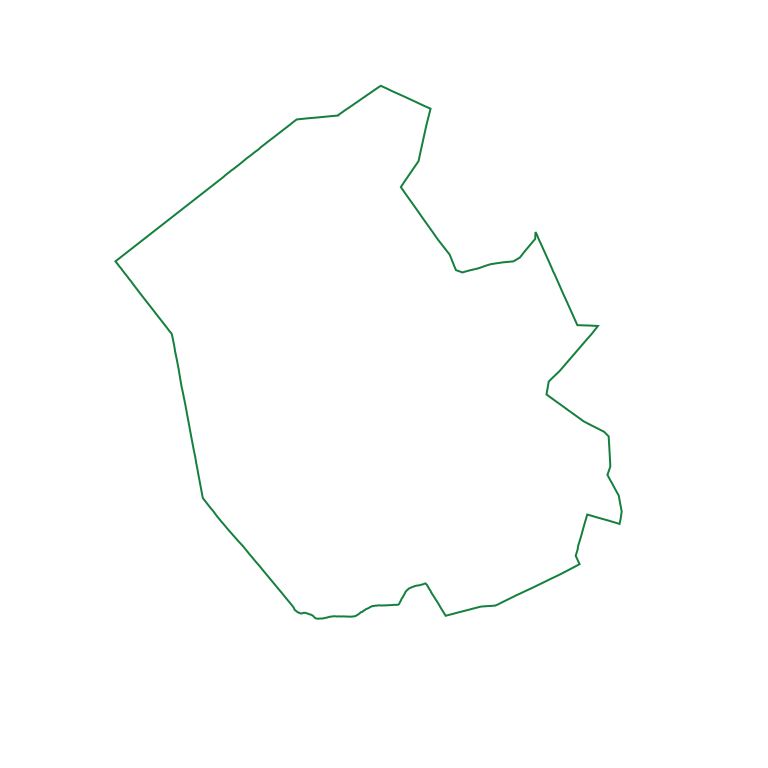 outline of Linguere, Louga, Senegal, rotated 322°
{"feature_id": "50182788B14678638932037", "entity_name": "Linguere", "entity_type": "district", "adm_level": 2, "iso_a3": "SEN", "parent_name": "Senegal", "parent_adm1": "Louga", "projection": "natural_earth1", "projection_center": [-15.296, 15.307], "detail": "fine", "context": "isolated", "style": "outline", "palette": "green", "viewbox_px": 768, "rotation_deg": 322, "n_neighbors": 0, "source": "geoboundaries", "source_scale": "gbopen_adm2", "svg_char_len": 5686}
<svg xmlns="http://www.w3.org/2000/svg" viewBox="0 0 768 768"><g transform="rotate(322 384 384)"><path d="M247.8,149.6L247.7,152.7L247.7,157.5L247.6,162.9L247.6,173.4L247.6,183.6L247.6,193.9L247.6,204.2L247.5,210.8L247.6,212.0L247.7,213.0L247.6,213.3L247.2,214.7L243.9,221.4L242.1,225.0L241.5,225.9L241.1,226.8L239.4,229.8L236.6,235.5L235.2,238.3L231.2,246.1L227.5,252.8L226.4,254.8L225.5,256.6L224.5,258.3L223.0,261.2L220.1,267.2L214.8,277.8L209.3,288.3L204.2,298.2L204.0,298.5L203.8,298.9L198.3,309.5L192.9,320.0L190.1,325.8L189.4,326.9L188.6,328.5L187.4,330.6L187.3,330.8L185.4,334.5L185.3,334.8L181.9,341.2L176.5,351.7L171.0,362.3L171.0,367.0L171.0,371.7L171.0,376.4L171.2,377.3L171.0,384.6L171.0,387.9L171.1,388.9L171.1,391.8L171.2,393.3L171.4,397.5L171.5,401.7L171.8,406.9L171.8,407.2L171.9,407.8L171.9,408.5L172.1,412.3L172.5,418.5L173.0,424.7L173.1,428.1L173.2,434.4L173.2,434.9L173.4,440.0L173.5,444.3L173.9,451.1L173.9,454.8L174.0,457.4L174.2,464.4L174.4,471.4L174.6,478.5L174.8,484.2L174.9,489.7L175.0,493.5L175.1,497.2L175.2,501.0L175.2,504.6L174.6,506.8L175.2,509.6L175.9,511.7L176.5,512.2L177.1,513.6L178.6,514.5L179.6,514.7L180.0,515.1L180.9,515.6L181.4,516.4L182.1,517.2L182.6,518.1L183.1,519.1L183.7,519.8L184.2,520.5L184.7,521.3L185.1,522.3L185.4,523.1L185.4,524.3L185.6,525.4L185.8,526.3L186.3,527.2L187.2,528.0L188.1,528.8L189.4,529.5L190.2,530.3L191.2,530.9L192.3,531.5L193.5,532.0L195.0,532.8L197.6,533.9L199.0,534.6L200.8,535.8L201.9,536.4L203.6,538.1L204.6,538.7L207.2,540.9L208.8,542.0L210.5,543.5L213.0,545.6L214.7,547.0L216.9,548.4L217.6,548.8L217.8,548.9L219.0,549.3L219.6,549.5L220.2,549.5L221.0,549.6L221.5,549.6L222.1,549.7L222.9,549.8L223.5,549.8L224.7,549.6L225.5,549.7L226.3,550.1L227.1,550.1L227.9,550.2L228.9,550.2L229.8,550.3L230.7,550.3L231.2,550.3L232.3,550.7L233.0,550.8L234.0,551.1L235.1,551.2L236.3,551.4L237.2,551.7L237.9,551.7L238.6,552.2L239.0,552.5L240.1,553.1L240.8,553.3L241.4,553.8L242.3,554.5L243.1,554.8L244.0,555.6L245.4,556.7L246.0,557.4L247.0,557.9L248.0,558.7L248.4,559.0L249.6,559.9L250.8,560.7L251.9,561.4L253.0,562.3L254.1,563.0L255.2,563.7L256.5,564.6L257.3,565.3L258.7,566.2L259.4,566.7L260.2,566.7L260.9,566.4L261.6,566.1L262.1,565.8L263.2,565.4L264.4,564.8L265.6,564.1L266.7,563.8L267.7,563.5L268.5,563.1L269.1,562.8L270.0,562.5L270.8,562.1L271.6,561.8L271.8,561.7L272.3,561.4L273.0,561.0L273.6,560.9L274.2,560.8L274.8,560.7L275.8,560.7L276.4,560.6L277.1,560.5L277.7,560.5L278.3,560.7L279.2,560.9L280.2,561.1L281.1,561.4L282.0,561.6L282.6,561.9L283.3,562.1L283.9,562.2L284.7,562.6L285.7,563.0L286.4,563.5L287.2,564.0L288.4,564.6L289.7,565.0L291.1,565.8L291.9,566.0L292.7,566.2L293.6,566.5L294.0,566.9L294.0,567.8L294.2,568.9L293.9,569.8L294.0,570.8L293.6,571.8L293.6,572.7L293.4,573.7L293.4,575.5L292.9,576.9L292.8,578.3L292.6,579.9L292.5,581.6L292.4,582.8L292.2,584.5L292.0,586.0L291.9,588.2L291.7,589.6L291.5,591.4L291.2,593.3L290.9,595.5L290.8,596.5L289.9,604.6L297.1,607.7L303.7,610.5L310.2,613.4L316.8,616.2L323.4,619.1L329.2,623.0L335.0,627.0L337.8,627.8L343.0,628.8L348.2,629.9L353.4,631.0L358.5,632.0L362.5,633.0L366.5,633.9L370.5,634.8L374.7,635.8L378.9,636.7L383.1,637.6L390.1,639.1L395.9,640.3L401.6,641.6L407.3,642.8L410.2,643.3L412.3,643.7L417.2,644.6L422.2,645.5L427.2,646.4L429.3,637.4L434.9,633.5L434.9,633.4L437.6,630.9L446.3,624.8L454.9,618.4L463.8,612.0L470.5,621.3L477.0,630.1L483.5,639.3L487.8,635.6L492.8,630.8L495.3,626.0L497.8,621.2L500.3,616.4L501.2,610.6L502.2,604.8L503.1,599.0L504.1,593.2L511.5,588.4L515.9,582.2L520.2,576.0L524.5,569.8L528.8,563.6L528.0,557.2L524.8,550.2L521.5,543.3L518.3,536.3L515.8,527.5L513.2,518.7L510.7,509.9L508.1,501.1L505.6,492.3L506.5,491.5L515.3,483.5L520.3,482.9L525.3,482.4L530.3,481.9L538.3,480.3L546.4,478.7L554.4,477.1L562.4,475.5L570.5,473.9L578.5,472.4L581.8,471.6L585.1,470.8L588.3,470.0L588.2,469.9L580.8,463.5L572.6,456.7L574.3,449.7L575.3,445.7L578.0,434.7L579.3,429.4L580.6,423.8L583.4,412.8L586.2,401.7L586.6,399.4L587.3,397.0L588.9,390.7L591.6,379.7L594.2,369.0L595.1,365.1L596.2,361.2L597.0,357.5L592.4,362.8L587.4,363.8L582.4,364.9L577.4,365.9L568.9,368.0L561.4,367.0L553.0,361.6L545.5,357.3L541.7,355.2L537.7,353.7L533.6,352.3L529.5,350.9L520.1,346.6L514.5,344.4L510.8,338.5L511.2,337.1L512.3,333.1L513.9,327.8L515.4,322.5L515.4,316.1L515.4,309.6L515.4,303.2L515.9,294.1L516.3,284.9L516.7,275.8L517.2,266.6L517.6,257.5L518.0,248.3L518.5,239.2L524.5,237.2L530.5,235.3L536.5,233.4L542.5,231.5L548.5,229.6L555.4,223.8L562.3,218.1L569.3,212.3L576.2,206.6L580.9,202.9L585.6,199.3L590.2,195.7L587.2,190.2L581.8,179.5L576.2,168.6L570.6,158.0L568.0,152.7L565.1,147.1L562.4,146.8L556.3,146.4L551.8,146.2L551.3,146.1L547.9,145.9L539.3,145.4L534.1,145.1L532.8,145.0L532.6,145.0L530.6,144.9L522.0,144.3L513.6,143.9L513.3,144.3L510.7,142.6L508.7,141.3L504.6,138.7L495.8,133.1L487.2,127.5L478.1,121.8L474.4,121.7L473.3,121.7L469.6,121.8L460.8,121.7L452.0,121.7L443.4,121.6L439.9,121.6L436.4,121.6L432.9,121.6L432.7,121.6L429.6,121.9L424.7,121.7L419.8,121.8L415.0,121.6L409.9,121.8L405.1,121.9L400.2,121.9L397.3,121.9L395.2,121.7L393.0,121.8L390.4,121.8L387.6,121.8L387.2,121.8L385.4,122.0L381.7,122.0L381.4,122.0L380.5,122.0L375.6,122.0L370.6,122.0L365.7,122.0L360.8,122.0L355.9,122.0L351.0,122.0L346.0,122.0L341.1,122.0L336.2,122.0L331.3,122.0L326.3,122.0L321.4,122.0L316.5,122.0L311.6,122.0L306.7,122.0L301.7,122.0L296.8,122.0L293.4,122.0L293.0,122.0L287.0,122.0L282.1,122.0L277.1,122.0L272.2,122.0L267.3,122.0L262.4,122.0L257.4,122.0L252.5,122.0L247.9,122.0L247.9,122.5L247.9,126.8L247.9,129.6L248.0,131.4L247.8,132.9L247.9,134.6L247.8,136.4L247.9,138.2L247.9,141.8L247.8,144.3L247.9,147.1L247.8,149.6Z" fill="none" stroke="#15803d" stroke-width="2"/></g></svg>